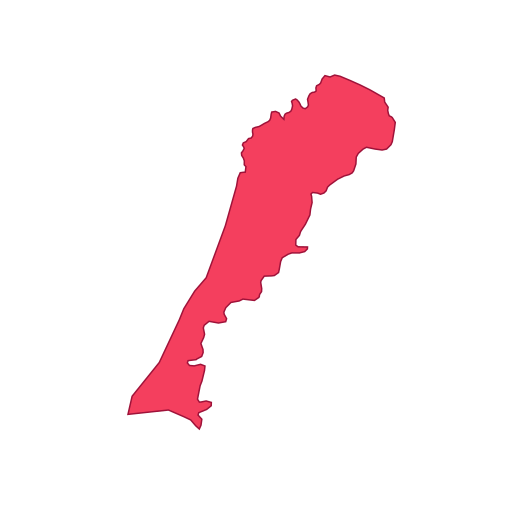 the district of As Suki, Sennar, Sudan, rotated 239°
{"feature_id": "16777658B86319641369334", "entity_name": "As Suki", "entity_type": "district", "adm_level": 2, "iso_a3": "SDN", "parent_name": "Sudan", "parent_adm1": "Sennar", "projection": "robinson", "projection_center": [34.157, 12.992], "detail": "fine", "context": "isolated", "style": "filled", "palette": "rose", "viewbox_px": 512, "rotation_deg": 239, "n_neighbors": 0, "source": "geoboundaries", "source_scale": "gbopen_adm2", "svg_char_len": 2665}
<svg xmlns="http://www.w3.org/2000/svg" viewBox="0 0 512 512"><g transform="rotate(239 256 256)"><path d="M304.5,444.1L305.5,443.7L305.8,443.6L307.5,442.4L309.8,442.8L313.0,443.9L315.5,445.9L317.9,445.8L321.7,445.6L325.4,447.3L325.6,447.2L338.2,440.1L340.1,439.0L349.2,433.2L353.3,430.3L357.5,427.4L366.8,420.6L370.6,416.6L371.3,411.7L372.2,410.8L375.1,408.0L373.7,403.9L371.0,400.5L370.5,398.7L370.7,395.6L369.2,393.9L366.5,392.6L366.3,390.5L367.2,388.5L367.2,386.0L366.1,383.9L363.8,380.9L361.0,379.8L358.3,378.6L357.2,377.0L356.9,374.1L358.5,372.5L361.5,371.7L363.4,372.0L365.9,372.1L368.6,371.6L370.2,370.8L370.7,367.5L370.2,366.1L368.2,365.6L365.9,364.7L363.4,362.3L362.3,360.7L362.0,358.4L362.7,355.8L362.6,354.0L361.3,352.1L358.8,350.3L363.1,349.1L366.7,349.4L369.9,347.2L371.3,343.6L369.7,342.0L366.7,339.6L365.3,337.7L364.9,335.6L365.3,331.5L365.3,327.9L365.4,325.3L366.6,321.6L366.9,319.0L365.8,317.9L364.0,316.8L362.1,316.2L360.5,314.9L359.6,312.6L360.5,310.1L359.1,306.5L359.5,303.4L358.1,301.5L356.1,301.6L354.4,301.4L352.9,299.1L351.9,296.6L349.5,295.5L346.5,295.6L343.6,295.0L340.2,292.9L337.8,293.4L333.4,290.0L334.4,288.0L335.5,285.4L332.0,280.5L325.9,275.3L297.7,245.3L265.8,205.6L263.0,202.1L257.5,185.4L248.0,167.0L240.8,157.4L214.5,118.2L199.6,77.6L186.2,64.7L169.1,101.6L155.4,111.4L149.1,115.6L141.5,116.9L136.9,118.3L139.3,121.7L144.0,125.5L149.5,124.4L151.2,126.2L149.9,134.7L150.7,140.5L153.5,142.3L157.4,138.6L159.1,133.9L159.9,132.2L163.4,132.1L173.6,141.3L176.6,145.2L184.5,153.0L188.0,155.6L191.7,152.7L193.6,146.5L196.4,142.6L199.7,142.1L201.3,143.9L198.0,151.3L198.2,152.3L197.9,157.7L200.4,160.9L203.1,162.4L209.4,163.7L213.0,169.1L215.4,171.6L221.5,173.8L223.3,175.9L224.2,182.1L217.9,189.3L215.3,196.2L217.4,198.5L222.4,198.7L224.4,199.5L227.3,203.5L229.1,210.6L226.1,218.5L226.0,219.9L225.8,222.6L218.7,231.8L218.9,235.3L219.0,237.1L219.7,238.1L220.6,238.7L221.4,239.7L222.6,242.4L225.1,244.1L230.9,246.4L232.3,247.7L234.5,252.7L230.9,259.2L229.8,261.7L230.2,266.8L232.5,269.0L238.6,274.3L241.0,277.6L241.0,284.4L240.2,288.3L236.3,294.7L234.7,300.0L235.6,303.7L237.2,304.8L242.2,296.8L244.9,295.7L249.6,298.7L251.3,303.8L253.9,306.7L254.7,308.2L257.8,314.7L263.4,323.3L268.2,327.0L272.9,331.6L278.5,334.4L280.8,335.0L281.3,337.2L278.2,341.2L275.7,343.1L275.0,346.7L275.7,349.6L278.2,352.8L278.9,355.7L279.4,361.3L279.8,365.5L279.2,372.8L277.8,377.8L277.7,381.2L278.7,383.5L283.4,389.0L289.2,392.9L291.3,396.6L292.5,403.0L292.3,406.7L286.4,413.1L281.9,418.7L280.4,423.0L281.2,426.2L281.9,429.0L283.8,431.7L293.0,439.6L298.8,444.2L304.0,444.1L304.3,444.1L304.5,444.1Z" fill="#f43f5e" stroke="#9f1239" stroke-width="1.5"/></g></svg>